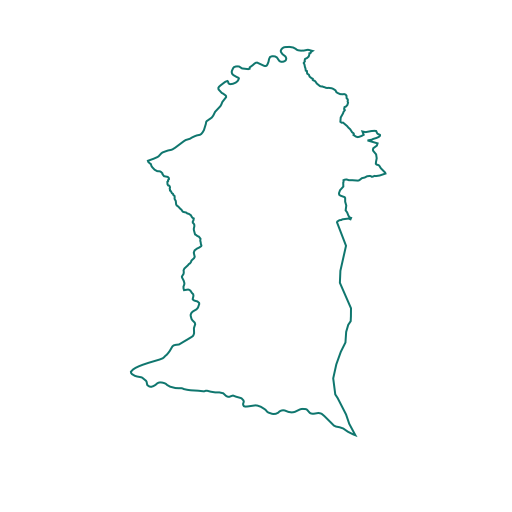 the district of Porto dos Gaúchos, Mato Grosso, Brazil, rotated 77°
{"feature_id": "56859067B32665720516064", "entity_name": "Porto dos Gaúchos", "entity_type": "district", "adm_level": 2, "iso_a3": "BRA", "parent_name": "Brazil", "parent_adm1": "Mato Grosso", "projection": "equal_earth", "projection_center": [-56.839, -11.773], "detail": "fine", "context": "isolated", "style": "outline", "palette": "teal", "viewbox_px": 512, "rotation_deg": 77, "n_neighbors": 0, "source": "geoboundaries", "source_scale": "gbopen_adm2", "svg_char_len": 6059}
<svg xmlns="http://www.w3.org/2000/svg" viewBox="0 0 512 512"><g transform="rotate(77 256 256)"><path d="M453.0,199.5L440.5,202.9L430.7,203.9L412.8,208.4L408.7,209.9L392.6,208.3L379.6,202.1L368.4,194.9L360.4,188.3L350.2,185.2L343.8,181.6L340.8,178.4L336.2,177.1L328.3,175.2L301.0,180.3L289.4,177.1L266.3,166.0L241.4,169.5L240.7,169.0L239.9,166.7L240.1,164.6L239.7,163.7L240.3,157.5L241.5,155.7L240.3,154.8L239.6,155.9L238.8,156.4L237.3,156.9L234.0,157.4L231.7,158.4L227.2,156.7L223.2,156.9L219.6,156.1L218.6,156.4L216.2,160.1L215.1,161.1L213.9,161.1L213.1,160.8L210.8,159.3L208.0,155.3L204.1,154.5L203.5,154.0L201.8,153.7L201.6,152.3L201.8,150.5L203.0,148.5L203.8,145.1L205.5,139.7L205.4,138.3L204.0,135.3L204.0,132.4L203.3,129.8L203.6,127.0L204.1,126.1L204.9,125.3L204.9,123.9L204.6,122.6L205.1,121.2L205.4,117.4L204.8,111.3L203.8,111.4L198.6,114.6L195.7,115.6L195.0,116.2L194.0,118.0L193.1,118.5L191.3,117.9L187.9,116.4L184.0,116.1L179.8,118.2L178.8,118.2L177.4,117.5L175.6,113.4L173.6,112.2L168.5,121.3L168.7,117.0L168.3,115.5L168.1,112.2L167.6,109.6L166.7,108.1L165.8,108.0L164.3,110.0L163.4,110.4L161.3,110.8L160.7,112.3L160.2,115.5L160.0,120.8L159.8,121.8L158.6,124.3L162.1,123.8L162.8,126.2L163.1,128.9L163.0,130.3L162.1,131.8L160.0,133.8L159.2,133.2L158.3,133.4L157.1,134.5L153.7,135.7L151.7,137.1L149.9,138.0L145.7,141.1L145.3,142.7L144.2,143.6L140.1,142.3L136.6,139.1L135.4,138.4L133.8,136.6L132.6,137.1L130.8,136.2L130.6,134.7L129.4,133.0L127.3,131.8L126.2,132.0L125.0,131.5L124.0,131.4L122.7,132.2L120.1,131.8L118.9,132.4L118.1,133.6L117.9,135.2L117.2,137.6L115.6,139.7L114.5,140.8L112.5,141.3L110.6,143.1L109.6,144.5L108.5,147.4L108.3,148.9L107.8,150.1L106.9,151.3L106.4,152.4L105.8,153.0L105.5,154.3L104.8,155.5L101.6,158.0L99.7,158.7L98.4,159.5L97.9,160.5L97.2,161.1L96.1,160.8L95.2,161.9L93.3,163.4L91.3,163.7L89.8,165.1L87.2,164.8L86.6,165.8L84.2,165.6L82.9,165.8L80.2,165.7L78.7,166.1L77.3,164.6L76.3,164.6L75.0,163.8L74.6,161.8L73.5,159.8L71.5,158.6L70.5,158.4L70.5,157.2L69.5,156.4L68.9,154.8L67.0,158.4L66.7,159.4L66.6,163.3L66.0,166.1L65.0,168.7L64.1,170.0L63.1,170.7L61.2,172.9L59.8,176.3L59.0,180.7L59.0,182.1L59.5,183.5L60.4,184.8L61.4,185.6L62.2,185.8L63.1,185.7L65.3,184.8L68.1,182.5L69.1,182.2L70.3,182.1L71.5,182.6L72.2,183.3L72.6,184.4L72.8,185.8L72.5,187.6L71.8,188.8L71.0,189.5L67.2,191.0L65.8,192.6L65.1,194.7L65.0,196.1L65.3,197.6L67.1,199.0L69.5,200.1L71.0,201.1L72.2,202.0L73.0,203.0L73.0,204.4L72.4,205.5L67.8,211.4L67.7,212.8L68.2,214.2L69.4,216.4L70.8,219.7L72.1,220.1L72.2,221.5L70.1,227.4L67.6,229.8L67.1,231.2L66.8,233.0L67.0,234.9L67.8,236.0L70.0,237.7L71.2,238.3L73.0,238.3L74.6,237.4L77.3,234.5L77.9,233.6L79.0,232.7L80.2,233.4L81.5,234.7L82.5,236.8L83.0,239.7L82.9,241.1L82.8,242.3L82.4,243.2L81.6,243.9L80.0,244.0L79.1,244.4L79.2,245.8L79.5,247.1L81.8,252.2L82.8,254.0L83.8,254.9L85.3,255.0L89.4,252.7L90.3,251.6L92.6,249.6L93.4,249.2L94.5,249.4L98.3,254.1L100.7,255.8L102.0,257.0L106.3,263.4L109.6,266.1L111.2,268.0L113.5,273.7L114.2,274.4L116.1,275.2L121.6,278.4L123.5,280.2L124.8,281.9L125.3,283.4L125.2,286.5L125.5,288.7L126.1,291.6L126.9,294.0L127.2,298.5L128.0,300.7L132.3,310.4L133.3,313.3L133.5,314.7L133.4,317.9L133.7,320.8L134.1,323.8L134.7,325.2L136.9,328.4L137.4,329.7L138.2,333.8L138.9,339.9L140.1,339.8L141.9,338.6L142.7,337.8L144.9,337.6L146.2,337.1L149.1,335.4L151.1,333.2L151.9,330.6L152.8,329.6L154.4,328.6L155.3,328.7L157.5,327.7L159.1,324.2L160.4,323.4L161.5,323.5L162.4,324.7L163.3,324.8L163.8,325.7L166.2,326.1L167.5,325.7L167.9,324.8L168.8,324.4L169.9,324.4L171.1,325.0L171.9,324.8L172.9,325.1L173.6,324.4L175.9,323.8L176.8,322.9L178.0,322.8L179.1,321.9L180.4,322.0L181.5,322.4L182.4,322.4L184.3,321.8L187.7,322.2L188.9,321.9L190.4,320.6L193.2,319.0L194.0,318.3L195.9,317.6L196.6,317.1L198.0,314.2L199.1,313.4L199.8,312.0L201.6,310.3L203.4,309.8L204.6,309.2L205.4,308.2L207.3,309.0L208.1,309.8L209.3,310.1L210.7,309.3L211.8,309.1L213.2,309.4L215.5,310.5L216.8,310.7L219.6,310.6L221.3,310.5L222.2,309.5L223.3,308.7L224.3,307.3L226.7,306.2L228.7,306.9L229.9,306.8L232.0,307.0L233.4,306.8L234.1,307.2L235.0,309.5L235.5,311.8L236.7,314.5L237.8,315.3L238.9,315.9L243.0,315.9L244.2,316.9L245.9,319.9L247.0,320.5L248.3,321.9L248.8,323.3L249.7,324.4L252.1,328.6L253.7,329.8L255.5,330.0L257.1,330.6L259.3,332.8L260.3,332.9L263.9,332.0L266.4,331.9L267.6,332.3L269.6,333.6L271.3,333.9L273.1,333.8L273.4,329.7L273.9,328.8L275.0,327.7L277.5,326.8L279.1,325.8L280.7,325.9L283.8,327.4L284.7,327.0L285.6,326.1L287.1,323.3L288.9,322.0L290.0,322.1L293.3,324.2L294.6,326.0L295.7,329.6L296.3,330.8L297.1,331.9L298.6,332.9L299.6,333.1L302.8,333.0L304.4,332.4L307.1,330.7L308.8,330.6L312.3,332.7L317.3,333.7L318.7,334.5L319.7,335.4L320.3,336.7L324.9,350.9L324.5,354.5L324.6,356.4L325.3,357.8L329.2,361.5L330.8,363.4L332.2,365.3L332.8,366.6L334.1,368.6L334.7,369.9L335.2,373.3L335.9,384.7L336.5,390.9L337.1,394.9L337.9,398.5L338.9,401.3L340.6,403.9L341.9,404.0L343.2,403.4L345.5,401.0L346.6,399.1L348.4,395.0L349.0,394.2L352.9,391.2L354.0,390.9L357.1,391.0L358.6,389.9L359.3,389.0L359.9,387.6L359.7,385.3L359.0,383.0L357.8,380.7L357.5,379.2L357.6,377.8L358.3,375.7L359.4,373.7L360.4,372.5L361.7,371.6L364.0,369.1L366.5,364.3L367.1,362.3L368.0,358.5L368.6,357.2L369.3,356.5L370.9,353.1L372.1,350.0L374.3,342.5L376.2,337.1L376.0,335.2L376.4,333.7L378.0,330.7L379.7,326.5L380.7,322.3L382.4,318.8L385.4,316.8L386.5,315.6L387.0,314.6L387.2,313.6L386.9,311.5L386.8,309.8L388.6,307.1L391.0,302.7L391.6,302.0L393.9,300.7L395.3,300.7L397.1,301.8L398.1,302.0L399.6,301.6L400.3,300.4L400.7,298.2L401.4,290.1L402.1,288.2L404.0,285.2L407.1,282.1L408.2,281.2L410.2,280.2L411.3,279.2L413.4,275.8L413.9,274.4L414.2,272.2L413.7,269.7L412.7,268.0L412.3,266.1L412.4,264.3L413.0,262.7L415.2,259.5L416.4,256.5L416.6,254.9L416.6,253.2L415.4,247.8L415.3,246.2L415.5,244.9L416.4,241.9L417.2,240.9L420.9,238.9L421.7,238.0L422.4,236.5L422.7,235.0L423.0,230.4L424.0,228.3L424.7,227.4L427.2,225.5L438.8,218.2L440.2,216.4L441.7,213.0L443.7,209.8L447.9,206.0L451.7,201.4L453.0,199.5Z" fill="none" stroke="#0f766e" stroke-width="2"/></g></svg>